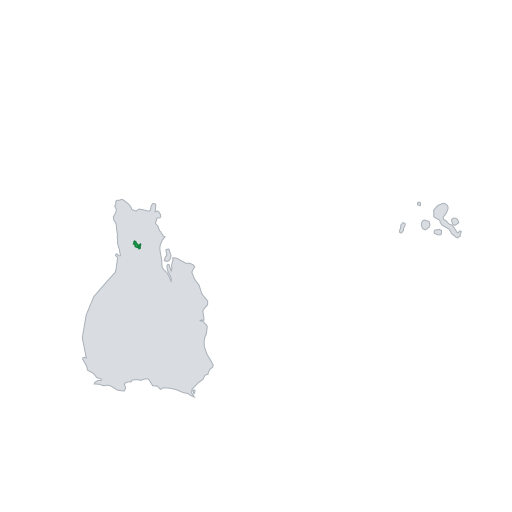 Oña, Azuay, Ecuador shown in context, rotated 157°
{"feature_id": "8360857B30899779173578", "entity_name": "Oña", "entity_type": "district", "adm_level": 2, "iso_a3": "ECU", "parent_name": "Ecuador", "parent_adm1": "Azuay", "projection": "equal_earth", "projection_center": [-79.149, -3.497], "detail": "fine", "context": "in_parent", "style": "filled", "palette": "green", "viewbox_px": 512, "rotation_deg": 157, "n_neighbors": 0, "source": "geoboundaries", "source_scale": "gbopen_adm2", "svg_char_len": 5428}
<svg xmlns="http://www.w3.org/2000/svg" viewBox="0 0 512 512"><g transform="rotate(157 256 256)"><path d="M455.0,201.5L453.6,202.7L450.3,203.2L447.7,202.1L446.7,202.1L446.5,203.2L450.0,206.2L451.6,211.5L454.0,214.7L455.5,216.3L455.6,217.4L455.1,219.5L455.0,221.2L455.8,229.3L455.3,229.8L453.4,229.8L452.0,228.4L448.0,248.3L435.4,268.0L421.0,282.1L404.4,290.2L392.2,295.9L390.3,298.0L384.4,308.0L384.1,309.0L384.9,310.7L385.0,311.7L384.1,312.4L383.3,312.5L383.0,312.0L382.7,310.8L381.9,309.6L381.0,309.2L380.4,309.5L380.4,310.6L379.1,316.0L379.1,318.6L378.6,319.6L378.6,322.0L377.3,324.1L376.4,327.7L375.4,328.8L374.1,334.4L372.3,340.0L372.1,341.9L372.7,343.2L372.9,344.3L372.1,347.7L367.8,351.1L366.7,352.7L366.3,354.5L366.6,356.1L366.4,357.4L365.1,357.9L363.7,361.0L362.6,361.7L359.9,360.7L357.9,360.7L356.4,359.7L353.4,354.4L352.3,351.3L351.9,347.0L348.9,344.2L345.1,344.9L343.9,343.9L341.0,342.1L338.6,340.0L336.7,339.0L335.3,339.5L333.0,342.9L330.8,344.5L329.8,344.4L328.5,343.4L328.3,342.2L331.5,336.1L329.1,336.0L328.2,334.7L328.1,333.2L327.7,331.6L328.2,329.6L329.5,328.6L331.4,329.4L332.8,329.4L333.6,327.6L335.4,326.2L335.8,325.3L334.8,322.3L334.6,320.7L334.8,319.8L334.8,316.6L334.2,315.4L334.2,313.6L333.7,312.6L333.5,310.4L332.2,309.2L336.2,307.1L337.7,305.5L339.5,304.0L341.0,301.7L342.0,299.4L344.4,289.2L346.7,282.7L346.3,279.6L344.4,275.4L344.0,269.2L344.2,267.3L344.0,265.9L342.7,268.5L343.0,277.6L341.9,281.7L340.4,282.7L339.4,281.9L340.0,275.3L338.8,276.5L337.0,281.0L334.1,284.4L333.9,285.5L333.2,286.9L330.9,285.6L329.2,284.2L323.4,276.7L319.7,275.1L317.4,272.5L316.9,271.4L316.7,269.9L319.0,268.3L321.4,266.2L321.6,261.5L321.5,257.9L319.8,251.6L320.6,243.4L320.1,240.2L318.1,233.4L319.6,230.0L324.9,227.5L326.6,225.9L327.8,220.5L329.0,217.2L331.4,218.5L333.2,218.4L330.7,217.2L328.7,212.3L328.4,210.1L332.3,203.5L334.3,201.7L336.9,198.2L339.0,192.9L339.5,184.6L338.6,178.6L338.0,172.3L339.2,170.6L342.5,169.8L345.1,167.8L346.4,165.9L349.5,166.2L353.1,163.2L358.9,161.8L366.9,158.4L368.7,155.5L367.9,150.3L370.9,153.4L372.2,155.9L376.4,158.7L381.2,163.7L384.4,166.2L387.9,168.5L393.0,170.9L396.1,170.5L397.4,174.3L398.6,175.4L401.5,176.7L401.8,177.1L402.9,184.1L403.5,185.1L406.1,186.2L409.2,186.6L410.4,186.4L413.1,188.3L417.4,189.9L418.9,190.1L419.6,189.8L419.8,189.1L421.0,189.2L422.9,190.1L425.5,190.3L427.2,189.5L427.5,185.6L428.1,184.7L430.0,183.3L431.0,183.6L435.9,186.7L436.9,187.8L438.2,189.9L440.5,193.1L443.0,195.1L446.9,196.0L450.6,199.3L455.0,201.5ZM65.5,197.2L67.0,199.3L67.8,205.4L72.7,211.7L73.3,215.3L72.9,216.9L73.1,217.6L75.4,220.1L77.0,222.7L74.4,228.9L68.9,231.5L63.1,231.4L61.9,230.7L60.3,228.4L60.0,226.3L60.9,224.3L64.0,221.2L68.6,218.5L69.1,216.4L67.3,214.3L66.0,210.3L63.1,207.5L61.6,198.8L60.7,198.4L58.7,199.6L57.7,198.5L57.5,198.0L59.7,196.0L60.1,194.6L63.3,193.9L64.6,195.0L65.5,197.2ZM88.3,223.4L87.0,223.4L83.3,220.2L83.5,217.1L85.0,215.0L89.9,213.9L91.9,215.9L91.8,219.7L90.1,222.4L88.8,222.9L88.3,223.4ZM336.9,295.6L336.5,296.9L334.1,296.8L333.5,296.3L334.0,290.3L334.7,288.4L336.6,286.5L338.2,285.6L340.2,285.8L342.3,287.5L339.8,290.6L337.8,291.4L336.9,295.6ZM61.7,213.2L59.3,213.7L57.2,212.6L56.3,210.9L56.2,208.2L56.3,207.4L60.9,206.4L62.4,208.6L62.3,211.8L61.7,213.2ZM110.6,227.9L107.8,229.3L106.2,228.0L106.0,227.2L107.6,225.2L109.1,224.1L110.5,221.7L113.1,220.4L113.8,220.7L114.3,221.2L114.5,221.9L113.6,223.8L112.1,225.1L110.6,227.9ZM82.5,209.0L81.3,210.0L76.7,208.8L75.3,206.9L76.5,204.3L77.4,203.3L80.2,204.3L83.0,207.2L82.5,209.0ZM86.2,242.0L85.2,242.1L83.8,240.7L84.9,238.1L86.8,239.5L87.2,240.4L86.2,242.0ZM366.7,156.9L365.3,157.1L364.7,155.6L366.3,153.8L366.9,153.4L366.7,156.9Z" fill="#d9dde1" stroke="#a8b0b8" stroke-width="1"/><path d="M357.7,312.1L357.8,312.1L358.0,312.1L358.3,312.0L358.4,311.9L358.5,311.8L358.7,311.7L358.8,311.7L359.0,311.7L359.1,311.4L359.3,311.4L359.4,311.2L359.5,311.2L359.8,311.0L359.9,310.9L360.0,310.9L360.1,311.0L360.1,311.3L360.1,311.5L360.2,311.8L360.3,311.8L360.5,311.9L360.6,312.0L360.6,312.3L360.6,312.5L360.6,312.9L360.6,313.0L360.7,313.3L360.8,313.3L360.9,313.5L361.0,313.6L361.1,313.8L361.1,314.0L361.2,314.3L361.2,314.5L361.1,314.8L361.1,315.0L361.1,315.3L361.1,315.5L361.2,315.8L361.2,316.0L361.3,316.2L361.5,316.2L361.6,316.3L361.6,316.5L361.8,316.6L361.9,316.8L361.9,317.0L362.0,317.1L362.2,316.9L362.3,316.9L362.5,316.9L362.8,316.7L363.0,316.4L363.1,316.1L363.1,315.8L363.1,315.7L363.3,315.5L363.5,315.3L363.4,315.3L363.2,315.3L363.1,315.2L363.3,315.0L363.3,314.9L363.4,314.7L363.4,314.4L363.2,314.4L363.1,314.2L363.0,313.9L362.9,313.6L362.9,313.4L362.8,313.2L362.9,312.9L363.0,312.8L363.1,312.7L363.3,312.5L363.4,312.4L363.4,312.1L363.4,311.9L363.3,311.7L363.2,311.6L362.9,311.6L362.8,311.4L362.7,311.3L362.7,311.2L362.5,310.9L362.4,310.8L362.3,310.7L362.2,310.7L361.8,310.7L361.7,310.7L361.6,310.4L361.6,310.2L361.4,310.1L361.2,310.0L361.2,309.9L361.1,309.7L360.9,309.6L360.9,309.8L360.7,309.9L360.7,309.7L360.7,309.4L360.8,309.4L360.7,309.3L360.7,309.2L360.8,308.9L360.8,308.7L360.7,308.7L360.6,308.8L360.4,308.8L360.3,308.7L360.2,308.7L359.9,308.6L360.0,308.5L359.9,308.5L359.9,308.4L359.7,308.4L359.6,308.5L359.5,308.8L359.4,308.9L359.3,309.1L359.2,309.3L359.2,309.5L359.1,309.8L359.1,310.0L358.9,310.3L358.8,310.5L358.7,310.6L358.5,310.8L358.4,310.8L358.4,311.0L358.2,311.3L358.1,311.5L357.9,311.6L357.9,311.8L357.8,312.0L357.7,312.0L357.7,312.1Z" fill="#22c55e" stroke="#15803d" stroke-width="1.5"/></g></svg>